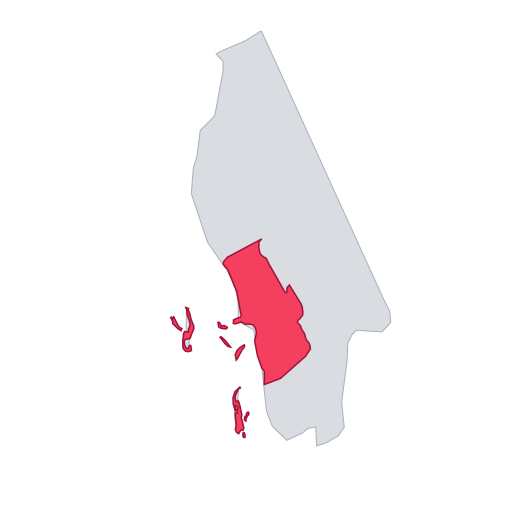 Belize highlighted on a map of Belize, rotated 153°
{"feature_id": "BLZ-1323", "entity_name": "Belize", "entity_type": "District", "adm_level": 1, "iso_a3": "BLZ", "parent_name": "Belize", "parent_adm1": "", "projection": "albers", "projection_center": [-88.107, 17.657], "detail": "fine", "context": "in_parent", "style": "filled", "palette": "rose", "viewbox_px": 512, "rotation_deg": 153, "n_neighbors": 0, "source": "natural_earth", "source_scale": "10m", "svg_char_len": 4212}
<svg xmlns="http://www.w3.org/2000/svg" viewBox="0 0 512 512"><g transform="rotate(153 256 256)"><path d="M161.9,159.5L161.9,146.1L166.1,135.6L178.2,131.2L193.9,140.5L200.4,144.4L206.3,142.2L213.8,136.6L223.0,120.4L246.0,87.0L255.2,63.2L264.2,58.5L277.1,57.6L288.2,59.2L280.4,76.6L288.2,78.8L295.2,77.2L312.2,77.8L318.8,96.9L317.1,112.9L301.0,155.1L298.9,169.6L291.6,191.3L301.5,205.6L292.2,224.5L289.1,236.8L288.3,255.2L293.0,290.3L285.3,340.9L271.9,362.9L263.6,371.3L248.7,393.2L229.1,399.7L201.9,435.0L197.1,444.2L199.7,454.3L193.3,454.4L167.3,452.6L149.8,454.3L149.1,453.4L150.7,415.4L153.3,356.6L155.2,313.4L157.1,271.2L158.4,239.6L160.3,196.6L161.9,159.5ZM338.4,143.0L331.5,145.9L337.2,137.0L338.0,131.4L346.0,107.8L351.7,107.9L353.2,110.0L338.4,143.0ZM352.8,219.9L341.5,241.3L340.8,235.2L345.5,219.3L351.8,213.8L355.7,207.9L356.6,201.0L362.1,204.3L360.7,211.2L352.8,219.9Z" fill="#d9dde1" stroke="#a8b0b8" stroke-width="1"/><path d="M306.9,137.7L300.9,149.6L301.7,153.6L300.0,166.3L296.4,178.9L295.3,181.5L291.5,186.0L289.9,188.8L289.3,192.1L289.9,195.8L291.7,197.7L296.9,200.3L297.9,202.6L299.3,203.9L305.5,205.0L306.8,206.3L305.1,209.2L301.3,209.2L297.6,208.6L295.9,210.0L295.5,212.4L289.4,232.6L288.0,248.2L287.8,251.4L287.3,257.4L288.4,260.6L288.9,263.6L288.9,263.9L287.0,265.9L284.0,267.0L283.3,267.5L281.9,267.9L243.1,268.6L246.4,267.4L246.9,267.1L247.2,266.8L247.5,266.5L248.0,265.5L248.1,264.8L248.4,264.2L248.7,263.8L249.0,263.6L249.3,263.3L249.6,262.5L250.1,260.8L250.3,259.8L251.0,257.9L251.1,256.5L251.0,254.8L249.7,251.9L248.1,249.5L247.9,248.7L248.1,243.2L246.7,212.6L246.4,210.5L245.8,209.5L244.6,210.2L243.7,212.1L242.8,213.6L239.4,215.0L237.6,192.8L237.8,190.1L239.7,184.7L241.3,182.1L245.6,180.1L247.1,179.7L248.3,179.2L249.0,178.5L249.1,177.5L248.9,176.7L248.2,174.7L248.1,173.6L248.5,170.0L248.5,169.1L248.1,165.7L248.1,164.8L248.1,164.1L249.0,160.1L249.1,158.1L249.0,157.2L248.4,155.1L248.3,154.0L248.5,152.5L248.8,151.1L249.7,148.5L257.5,144.1L289.8,135.8L306.9,137.7ZM343.8,127.5L344.7,127.5L343.6,134.2L340.8,140.3L336.2,144.7L329.9,146.5L329.9,145.4L331.4,145.5L331.9,145.4L337.2,141.6L339.1,138.9L339.8,135.0L337.5,135.1L338.2,130.3L340.8,120.8L341.1,120.1L341.8,119.5L342.5,118.8L342.8,117.6L342.9,116.1L345.0,108.1L346.5,106.7L348.8,107.7L352.0,105.5L353.4,107.6L353.2,111.0L351.3,112.8L350.2,114.5L347.2,122.8L345.8,125.5L344.8,124.9L343.8,124.4L343.5,126.0L342.9,127.2L342.1,128.0L340.8,128.6L340.8,129.6L341.9,131.8L343.3,129.8L343.6,128.9L343.8,127.5ZM356.4,201.1L358.2,201.1L360.2,201.7L362.0,203.2L362.9,206.2L362.3,208.5L359.3,214.5L357.4,217.1L355.9,219.7L353.8,221.1L350.9,218.9L349.4,221.4L347.6,222.8L345.9,224.6L344.8,228.4L343.9,235.2L343.6,236.3L342.8,237.9L342.2,239.8L342.0,242.0L339.9,239.9L340.5,239.4L340.7,238.9L340.7,238.3L340.9,237.8L341.3,234.5L342.6,229.1L343.3,221.8L344.5,219.4L346.4,217.6L348.9,215.7L351.9,212.6L353.4,212.5L355.5,213.4L357.4,213.6L358.8,212.3L359.9,209.3L360.2,206.1L358.9,204.1L357.3,205.6L356.0,206.4L354.9,206.2L354.9,205.3L356.4,201.1ZM307.8,180.1L310.9,178.7L319.2,173.0L320.9,172.2L319.5,177.2L316.1,180.3L311.6,181.8L306.8,182.2L306.8,181.5L307.0,181.0L307.8,180.1ZM354.9,225.1L356.7,223.5L358.4,226.2L360.9,233.6L360.2,234.7L360.0,236.2L360.0,239.9L359.0,239.9L359.0,238.3L359.0,237.8L358.2,238.0L357.6,238.5L357.2,239.1L356.9,239.9L357.0,230.6L356.5,226.7L354.9,225.1ZM317.3,205.4L320.0,207.5L321.4,209.5L321.1,211.1L320.7,211.7L320.6,212.7L320.0,214.1L319.0,213.9L318.7,212.7L318.5,209.5L318.3,208.8L317.2,209.0L315.9,208.4L315.1,207.3L314.6,206.6L314.1,206.1L314.1,205.2L315.1,204.6L317.3,205.4ZM320.0,186.4L322.0,188.1L323.4,191.8L324.9,200.0L323.9,200.0L323.1,198.5L321.8,194.9L320.0,186.4ZM348.9,99.6L349.4,99.9L349.5,100.5L349.4,101.3L348.9,102.8L347.5,104.6L346.7,103.9L347.1,101.3L347.7,100.4L348.1,100.7L348.2,100.4L347.9,99.7L348.0,99.5L348.5,99.6L348.9,99.6ZM335.7,117.6L336.6,117.2L337.0,117.7L336.7,119.3L335.5,120.3L333.9,120.6L333.5,119.6L334.5,118.1L335.3,117.6L335.7,117.6ZM340.0,113.4L340.4,114.0L340.5,115.6L339.6,117.2L338.4,118.1L337.9,118.0L337.7,117.2L337.5,116.6L337.7,116.1L338.5,115.7L339.2,115.0L339.5,114.1L339.8,113.6L340.0,113.4Z" fill="#f43f5e" stroke="#9f1239" stroke-width="1.5"/></g></svg>